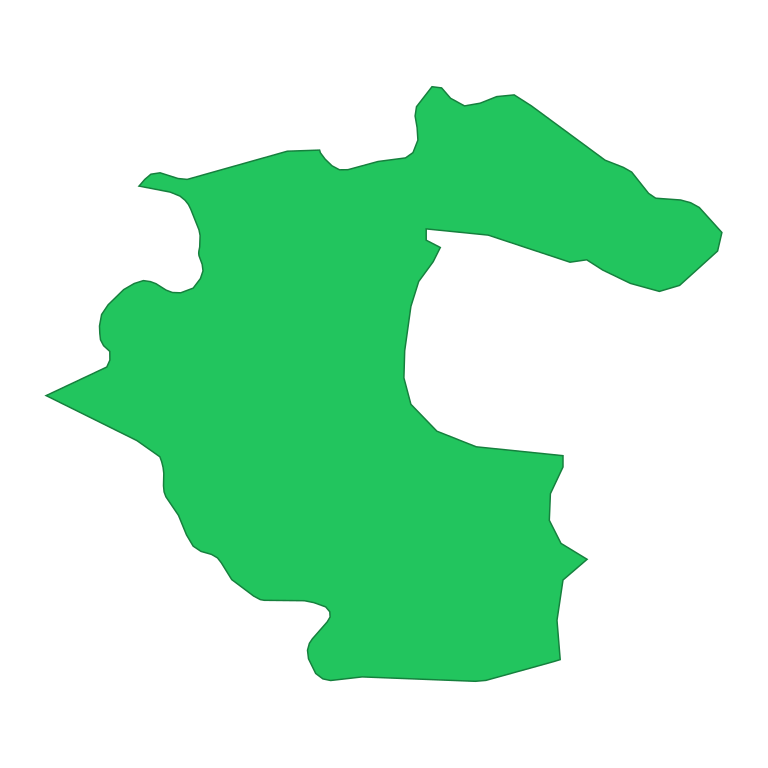 the border of Louth
{"feature_id": "IRL-712", "entity_name": "Louth", "entity_type": "County", "adm_level": 1, "iso_a3": "IRL", "parent_name": "Ireland", "parent_adm1": "", "projection": "natural_earth1", "projection_center": [-6.434, 53.913], "detail": "fine", "context": "isolated", "style": "filled", "palette": "green", "viewbox_px": 768, "rotation_deg": 0, "n_neighbors": 0, "source": "natural_earth", "source_scale": "10m", "svg_char_len": 1743}
<svg xmlns="http://www.w3.org/2000/svg" viewBox="0 0 768 768"><path d="M432.0,86.7L441.6,87.9L450.6,98.3L464.5,105.9L480.1,103.2L496.7,96.6L514.2,94.9L531.4,105.9L605.1,160.2L623.4,167.4L631.7,172.1L648.6,193.4L655.7,198.2L680.7,200.0L690.8,202.8L699.3,207.5L721.9,232.5L717.6,251.0L679.6,285.4L659.4,291.4L630.4,283.4L602.8,270.1L586.7,259.8L570.0,262.2L488.1,235.1L426.2,228.9L426.2,240.2L440.3,247.5L433.2,261.7L418.7,281.5L410.9,306.4L404.7,350.8L403.9,377.9L410.9,404.3L436.9,431.2L476.2,446.8L563.0,455.7L563.0,467.0L550.4,493.7L549.3,520.3L561.0,543.4L587.1,559.3L563.0,580.0L557.0,620.3L560.2,659.6L554.0,661.5L485.9,680.4L475.3,681.3L362.2,676.9L330.6,680.5L322.9,678.9L315.7,673.5L308.5,658.8L307.5,650.2L309.4,643.3L312.4,638.8L327.2,621.9L330.1,617.0L329.8,611.8L325.7,606.9L313.8,602.6L304.3,600.7L264.3,600.3L260.3,599.6L253.7,596.1L231.7,579.6L221.3,562.8L217.5,557.9L211.5,554.4L201.0,551.4L193.2,546.2L186.5,534.9L178.5,515.4L165.9,496.8L164.1,491.9L163.5,485.8L163.8,473.4L163.1,467.5L161.7,461.8L159.9,456.8L136.9,440.6L46.1,395.6L106.8,367.0L109.9,360.1L109.8,351.4L103.6,345.7L100.5,339.8L99.8,333.3L99.5,326.0L101.6,314.5L108.2,304.7L123.7,289.6L134.2,283.5L143.4,280.6L150.4,281.6L156.0,283.7L166.1,290.1L172.4,292.5L180.7,292.8L193.2,288.1L200.4,278.6L203.0,270.9L202.2,264.4L199.0,255.7L198.7,253.2L198.9,251.0L199.7,247.0L200.1,235.5L199.0,229.9L190.8,209.3L188.5,204.6L185.0,200.2L180.0,196.1L170.2,192.1L139.0,186.1L144.8,179.4L150.9,174.2L160.1,172.8L178.0,178.5L187.2,179.4L287.3,151.2L319.6,150.1L320.4,152.8L325.1,159.1L332.0,165.8L339.5,169.8L347.9,169.7L378.0,161.5L405.5,157.9L413.0,152.6L417.9,140.1L417.1,127.6L415.1,116.0L416.5,106.7L432.0,86.7Z" fill="#22c55e" stroke="#15803d" stroke-width="1.5"/></svg>